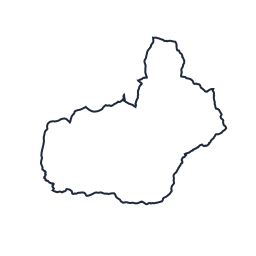 Pisba, Boyacá, Colombia, rotated 164°
{"feature_id": "7082276B47787329077767", "entity_name": "Pisba", "entity_type": "district", "adm_level": 2, "iso_a3": "COL", "parent_name": "Colombia", "parent_adm1": "Boyacá", "projection": "orthographic", "projection_center": [-72.451, 5.73], "detail": "fine", "context": "isolated", "style": "outline", "palette": "slate", "viewbox_px": 256, "rotation_deg": 164, "n_neighbors": 0, "source": "geoboundaries", "source_scale": "gbopen_adm2", "svg_char_len": 5734}
<svg xmlns="http://www.w3.org/2000/svg" viewBox="0 0 256 256"><g transform="rotate(164 128 128)"><path d="M79.0,207.9L79.7,204.3L80.2,203.4L82.9,201.4L83.7,199.8L86.5,197.8L88.4,196.1L91.4,190.5L93.6,188.2L93.9,187.0L94.0,185.9L93.8,183.5L95.9,177.2L96.1,175.6L95.9,171.5L96.2,171.2L96.8,171.4L97.5,171.8L98.3,171.6L99.0,172.0L100.1,171.7L101.3,171.2L101.6,171.3L102.0,171.1L103.5,171.2L103.8,170.9L103.9,170.7L104.3,170.6L105.1,170.8L104.9,170.2L104.2,169.5L103.9,168.7L102.8,167.6L102.6,167.1L102.6,166.9L102.9,166.4L103.6,166.1L105.1,165.1L106.1,163.9L106.8,162.5L107.9,161.5L108.4,159.7L108.9,158.7L109.0,157.1L109.2,156.8L109.7,156.3L110.0,155.0L110.2,154.2L111.1,153.4L111.5,153.2L112.1,152.1L113.0,151.2L113.3,150.2L114.0,149.6L114.1,147.6L114.3,147.2L115.0,146.6L115.1,146.3L116.3,147.6L116.4,148.2L117.0,148.6L117.6,149.2L120.5,151.2L123.1,154.0L123.9,154.9L123.9,155.1L123.3,155.7L123.4,156.2L123.2,156.6L123.5,157.1L123.0,158.7L123.1,159.7L122.7,160.3L122.7,160.8L123.2,160.4L123.3,160.0L123.6,159.8L123.6,158.6L123.9,158.2L124.1,157.7L124.8,157.0L124.7,156.1L124.9,155.9L126.2,156.2L128.1,155.4L128.5,155.3L129.6,155.5L130.2,156.0L130.6,155.6L131.8,155.4L133.0,154.9L134.0,154.9L134.8,154.7L136.4,154.0L137.3,154.0L138.2,153.8L139.2,154.5L139.6,154.9L140.1,154.8L140.6,155.1L141.5,155.1L142.2,155.4L142.9,156.0L143.1,156.1L144.2,155.7L145.2,155.2L146.4,154.4L147.6,153.3L150.2,152.7L152.6,152.5L155.9,153.0L157.8,153.9L159.5,155.4L160.3,156.2L162.6,159.4L162.8,159.9L163.7,159.6L165.8,159.3L167.1,159.0L169.2,158.8L171.4,159.0L173.9,158.9L174.8,158.4L175.6,157.0L176.2,156.5L177.4,155.9L179.0,154.6L180.7,152.0L181.6,150.2L182.4,149.4L183.3,151.1L184.7,153.3L185.4,154.1L186.8,154.8L190.0,155.0L191.0,154.6L192.7,154.3L194.5,154.2L196.7,154.5L198.1,155.1L200.7,155.5L202.0,155.2L203.9,154.2L204.7,153.2L205.2,152.1L205.6,150.8L205.7,149.5L206.3,148.9L207.9,148.2L208.9,147.2L210.5,144.1L211.5,142.5L212.5,138.3L213.8,135.5L216.9,130.0L217.4,128.9L217.7,128.5L218.9,125.2L218.9,123.3L219.1,122.5L220.6,120.1L221.4,117.9L221.0,113.6L221.6,112.2L221.7,111.7L221.3,111.4L220.3,109.8L220.1,109.3L219.5,109.2L219.3,108.2L219.7,107.6L219.8,107.3L220.1,107.2L220.3,106.9L220.3,106.4L220.2,106.1L220.0,105.7L220.3,105.3L221.2,104.5L221.8,104.2L221.9,103.5L222.3,103.2L221.8,102.7L221.4,102.4L221.4,101.5L221.7,101.1L221.7,100.7L221.2,100.0L220.5,99.9L220.2,99.4L219.6,99.2L218.7,97.4L218.1,96.8L217.6,96.6L216.5,95.5L216.1,95.6L215.8,95.4L215.4,95.4L215.2,95.3L214.9,94.8L215.1,94.4L215.7,94.3L215.7,93.6L215.9,93.4L216.4,93.3L216.7,93.0L216.7,91.9L216.2,91.2L216.2,90.8L216.0,90.1L216.7,89.8L217.1,89.1L217.6,88.8L216.3,87.5L215.2,86.9L214.8,86.4L214.2,86.2L214.0,85.9L211.1,85.7L210.4,85.4L209.1,84.3L208.3,84.4L208.0,84.8L206.5,84.6L205.4,84.8L204.1,86.1L203.4,86.1L201.9,85.2L201.0,84.8L200.6,84.4L199.5,82.7L199.6,80.4L199.5,80.1L199.1,79.8L198.7,79.6L197.5,79.8L195.8,79.1L194.8,79.3L193.5,79.4L192.0,79.0L190.6,78.9L188.3,78.1L187.3,77.0L186.8,74.7L186.6,74.4L186.2,74.1L184.4,73.9L182.6,74.0L180.0,74.4L177.7,74.9L176.1,74.7L174.4,73.9L171.7,73.6L170.5,72.6L168.6,71.3L165.9,70.6L164.9,69.9L161.6,69.7L160.5,69.3L159.5,69.2L158.9,68.3L158.6,67.2L158.5,65.4L158.0,64.2L155.6,61.4L154.9,59.3L153.3,57.5L150.7,57.3L149.6,56.9L146.8,55.3L145.5,55.2L144.2,54.9L141.3,53.4L140.2,53.1L138.3,53.1L137.0,53.4L136.2,53.4L135.7,53.2L135.4,53.2L135.2,53.5L135.0,53.4L134.3,53.0L133.0,51.4L132.0,50.4L131.6,49.8L131.3,49.7L130.1,49.6L129.1,50.0L127.9,50.0L126.7,49.1L125.3,49.2L123.9,48.5L121.0,48.2L117.5,48.1L116.6,48.2L115.7,48.1L115.0,48.6L114.4,49.2L113.6,50.7L112.9,51.0L110.8,51.3L109.6,51.7L106.7,52.9L105.6,53.6L103.4,55.4L103.2,56.3L103.2,57.5L102.3,59.4L101.4,60.4L100.3,61.2L99.4,61.8L98.9,62.3L98.6,65.1L97.7,67.0L97.5,69.3L96.8,70.5L95.6,71.4L93.8,72.1L93.4,72.8L92.9,73.1L91.8,74.3L90.9,75.0L90.6,75.7L89.7,76.1L89.2,77.0L88.0,77.5L87.3,78.7L86.5,79.3L85.6,79.4L85.0,80.4L85.1,80.9L85.0,81.3L85.3,81.9L85.1,82.3L85.1,82.9L84.8,83.2L83.7,84.1L83.5,84.6L82.9,84.6L81.9,84.5L81.6,84.6L81.3,85.0L79.5,86.1L79.6,86.7L80.6,87.2L80.6,87.3L79.4,87.5L76.1,87.5L73.8,88.4L71.9,88.6L71.5,89.2L70.9,89.1L70.1,89.5L69.0,89.5L67.7,89.8L67.1,90.1L66.5,90.0L66.2,90.4L65.5,90.4L64.8,90.9L63.7,91.5L61.9,91.7L61.3,91.6L60.8,90.5L59.7,89.6L58.8,89.7L58.4,89.4L58.0,89.6L57.5,89.3L57.2,89.4L56.2,89.5L55.5,90.0L54.6,90.3L54.3,91.2L53.2,91.4L52.4,92.1L51.9,92.9L51.1,93.4L48.7,94.6L47.2,95.9L46.5,96.5L45.5,97.6L45.1,97.7L43.1,97.1L40.9,97.3L39.3,97.7L37.6,98.9L35.6,99.4L33.7,100.7L33.8,102.4L34.0,103.0L34.9,104.0L35.2,105.3L35.0,107.3L34.4,108.8L34.4,109.4L34.9,110.3L35.9,111.8L35.9,113.4L35.6,113.9L34.5,114.8L34.3,115.4L34.4,116.0L35.2,118.5L35.4,120.1L36.4,121.5L36.8,121.8L37.9,122.1L38.2,123.5L38.2,124.5L37.9,126.1L38.1,127.0L38.1,127.3L37.6,128.3L37.5,128.9L37.5,130.9L37.4,132.2L37.0,134.2L36.3,135.2L36.4,136.4L35.8,137.5L35.7,138.1L35.7,138.6L36.2,140.1L36.2,140.6L35.3,142.0L37.4,142.5L39.7,142.1L42.1,141.1L42.4,141.2L42.5,141.5L43.3,141.6L43.8,142.0L44.5,143.6L45.2,144.5L45.7,145.5L46.6,146.3L46.9,147.5L46.9,148.8L47.4,150.2L47.7,150.4L49.6,151.2L49.8,151.7L51.0,152.0L51.6,151.9L51.9,152.1L52.5,152.6L52.6,153.0L52.9,155.6L54.1,157.4L55.9,158.7L58.3,159.9L59.0,161.3L61.2,162.2L61.6,162.3L62.6,162.8L62.7,163.0L62.5,163.9L61.5,165.9L60.9,166.8L60.8,168.9L60.5,169.6L59.9,170.5L58.6,171.6L57.8,173.2L57.3,173.9L56.1,175.0L55.4,177.0L55.8,180.7L56.3,181.3L55.9,182.4L56.0,183.9L56.4,184.7L57.4,185.9L57.6,188.3L57.8,188.6L59.1,189.0L59.3,189.8L59.1,192.1L58.3,195.1L58.6,197.5L58.9,198.0L59.6,198.2L63.4,200.2L64.6,200.5L66.4,200.6L67.1,201.2L68.7,201.5L69.2,201.8L69.9,203.0L70.3,203.3L71.7,204.1L73.4,205.5L74.5,206.0L75.9,207.0L77.2,207.4L78.1,207.5L79.0,207.9Z" fill="none" stroke="#1e293b" stroke-width="2"/></g></svg>